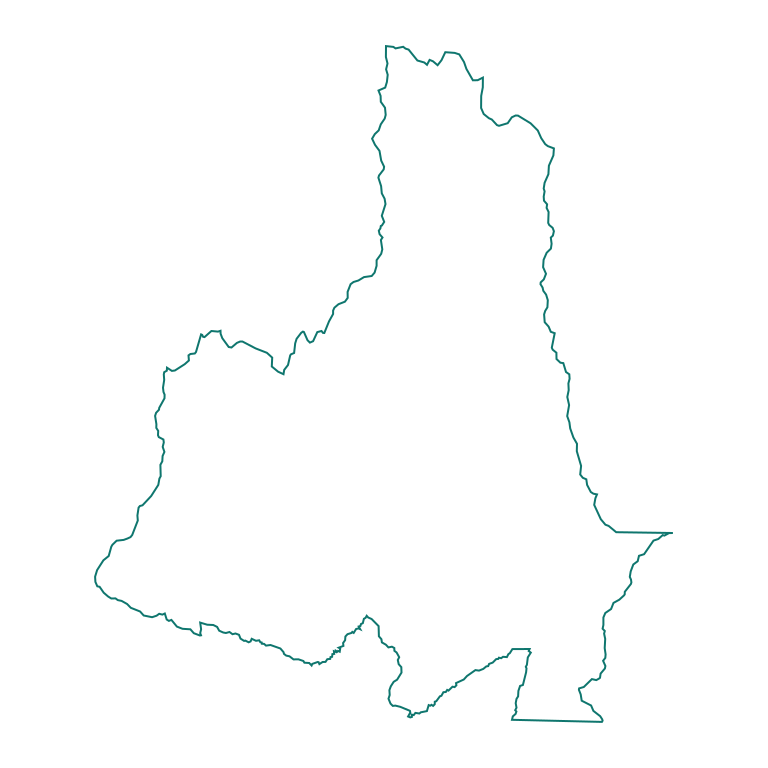 outline of Palanda, Zamora Chinchipe, Ecuador
{"feature_id": "8360857B40737212656211", "entity_name": "Palanda", "entity_type": "district", "adm_level": 2, "iso_a3": "ECU", "parent_name": "Ecuador", "parent_adm1": "Zamora Chinchipe", "projection": "natural_earth1", "projection_center": [-79.11, -4.519], "detail": "fine", "context": "isolated", "style": "outline", "palette": "teal", "viewbox_px": 768, "rotation_deg": 0, "n_neighbors": 0, "source": "geoboundaries", "source_scale": "gbopen_adm2", "svg_char_len": 6091}
<svg xmlns="http://www.w3.org/2000/svg" viewBox="0 0 768 768"><path d="M601.9,721.9L602.6,720.7L602.2,719.3L600.2,716.2L593.4,710.9L591.1,705.5L581.7,700.7L580.7,694.4L578.9,689.8L579.1,688.4L583.8,687.0L591.9,679.1L596.3,680.1L599.0,678.6L600.0,677.8L600.6,673.6L604.9,668.5L605.4,666.0L603.1,660.8L605.3,657.9L605.6,654.4L604.7,648.1L605.2,638.9L604.1,633.6L604.8,631.0L602.6,628.7L603.4,625.0L603.4,617.5L605.3,613.0L611.1,609.0L613.5,602.9L619.3,599.7L624.0,595.4L624.7,594.4L624.8,591.8L630.9,584.0L631.4,582.4L631.0,579.6L629.8,576.9L630.7,571.4L633.3,564.5L637.7,561.2L639.0,555.8L644.1,554.2L653.5,540.6L658.3,539.0L662.7,535.1L664.4,535.6L669.0,533.1L672.9,533.0L616.2,532.2L608.6,525.9L605.4,524.7L600.8,519.2L594.2,504.9L595.4,498.2L597.0,494.4L593.4,493.7L590.8,492.0L587.1,484.9L586.3,479.3L582.8,477.8L580.2,474.5L581.1,465.9L576.8,451.2L577.0,443.8L573.4,437.5L570.2,428.4L569.4,422.3L567.2,416.1L569.1,405.1L567.3,397.0L568.7,390.1L568.4,383.4L569.6,378.8L569.3,374.3L566.0,372.0L563.3,363.1L560.4,362.7L556.5,359.0L556.4,352.7L552.7,349.7L551.8,347.7L554.7,333.2L550.8,331.8L548.6,326.6L544.7,322.2L544.1,314.4L545.2,310.9L547.4,307.3L547.8,300.2L546.1,294.6L543.3,290.8L542.6,287.6L540.5,284.2L540.7,282.4L543.8,279.4L546.0,273.8L543.1,267.2L543.6,259.8L546.7,252.7L550.9,248.6L551.6,243.8L550.8,237.6L552.9,235.6L553.9,231.2L552.6,227.8L549.2,225.0L548.2,222.9L548.6,212.0L546.6,207.9L547.1,204.3L544.0,200.7L543.7,196.6L544.6,191.3L543.7,188.6L544.6,182.8L548.4,174.2L548.9,165.7L553.4,155.4L553.9,148.4L547.8,146.1L545.2,144.1L541.2,138.1L537.8,130.5L530.6,123.3L518.0,115.6L515.6,115.5L511.8,117.3L507.7,123.2L499.0,125.8L497.0,125.1L491.8,119.5L488.9,118.2L483.7,114.0L481.1,108.0L481.2,95.9L482.8,87.3L482.9,77.6L477.7,80.2L472.9,80.3L466.4,68.9L464.0,62.0L459.3,54.4L454.7,52.9L445.3,52.2L441.5,60.2L437.6,65.2L433.0,61.3L429.6,59.9L427.0,64.8L424.3,62.5L417.4,60.5L408.6,49.6L405.5,48.6L403.2,46.8L395.5,48.4L393.4,46.9L386.0,46.1L385.9,57.0L387.5,63.5L386.1,69.3L387.7,74.8L386.9,82.0L385.2,87.6L378.5,90.5L380.6,95.9L380.8,101.8L385.0,107.7L385.7,114.9L384.7,118.6L380.8,124.3L378.7,130.4L374.8,134.1L372.1,138.7L375.0,144.8L379.5,150.9L381.2,160.6L384.1,166.7L383.7,169.4L379.0,175.5L378.4,177.7L381.1,186.1L381.8,193.4L384.6,198.7L385.5,204.1L381.8,215.8L384.2,221.9L381.9,225.5L380.8,226.0L380.4,228.4L378.8,230.7L379.6,234.2L382.5,237.5L380.9,240.0L382.3,249.4L381.2,253.8L376.6,260.2L376.6,265.8L374.6,272.6L371.7,276.0L364.0,277.1L358.4,280.5L353.5,282.0L350.6,284.2L347.6,291.9L347.7,297.9L344.9,301.7L338.5,304.2L334.4,307.7L333.1,310.6L333.1,314.0L329.0,321.4L324.3,333.0L323.0,332.9L321.5,331.0L317.3,332.1L313.1,341.2L309.9,342.6L307.5,340.2L303.9,332.0L302.9,331.6L301.2,332.8L296.6,338.8L295.2,343.3L294.1,353.0L291.0,354.3L290.2,355.4L288.0,365.0L284.2,369.9L283.5,374.2L278.1,371.7L271.8,366.5L272.2,357.6L266.9,352.8L255.6,348.4L242.4,341.5L240.2,341.5L236.9,342.9L231.5,347.5L228.7,347.0L222.3,338.2L220.6,333.7L220.5,330.8L218.0,331.6L211.4,331.0L204.5,337.1L203.1,336.8L202.2,334.9L201.1,334.4L196.0,352.0L194.8,353.5L190.4,354.0L188.5,355.4L188.9,360.5L184.7,364.2L174.9,370.5L171.9,370.9L167.0,367.7L166.8,370.7L164.2,372.2L163.8,374.5L164.2,379.9L163.0,387.7L163.5,392.0L164.6,394.7L164.5,398.3L159.2,407.9L159.0,409.7L156.1,412.8L155.1,415.9L156.4,424.2L156.3,427.9L158.2,430.9L158.0,435.2L158.8,437.1L163.4,439.5L163.8,442.4L162.7,446.9L164.4,451.9L162.6,456.0L162.3,461.3L160.4,464.8L160.7,476.2L159.4,478.6L158.3,484.9L151.2,496.0L142.5,505.3L139.9,506.0L138.6,507.6L137.4,515.5L137.8,520.5L132.2,535.0L130.5,537.1L127.5,538.5L123.7,539.9L116.6,540.7L112.4,544.8L111.3,546.7L108.7,556.0L103.4,560.3L97.1,570.1L95.1,576.7L95.4,581.9L97.3,586.3L99.6,586.8L103.7,592.7L108.1,596.5L111.3,598.5L115.5,598.4L117.8,600.1L121.6,600.9L127.1,604.0L130.8,607.8L140.1,611.5L143.7,615.5L152.1,617.2L156.6,615.7L159.2,613.8L162.4,614.6L164.8,613.5L166.7,619.5L168.9,620.9L171.4,619.9L176.9,626.6L182.5,628.8L190.4,629.3L193.8,633.2L199.9,635.5L201.0,635.3L200.2,633.1L201.1,629.3L200.2,622.6L207.2,624.7L213.3,625.0L217.1,626.9L219.2,630.7L223.2,632.5L225.9,633.0L229.5,632.0L232.5,634.2L235.5,633.5L239.0,634.8L240.5,638.6L244.1,640.9L245.3,640.6L248.7,642.3L250.6,641.4L251.7,638.8L256.0,640.8L259.2,640.3L260.3,642.2L261.7,642.5L261.8,643.7L264.1,643.9L266.0,645.6L270.5,645.0L280.4,648.5L283.5,652.1L284.0,653.9L286.2,655.6L289.5,656.3L293.5,659.4L298.4,659.3L303.4,661.0L304.4,662.7L309.2,663.0L311.6,665.5L312.3,663.9L317.7,662.0L318.6,662.2L319.4,664.1L322.6,662.0L325.5,661.9L327.3,659.2L330.2,658.9L330.5,657.1L332.1,656.8L332.4,654.1L334.2,653.9L333.9,651.2L336.0,652.0L335.9,650.8L337.3,651.7L338.0,650.9L339.7,651.7L340.2,648.6L338.7,647.7L343.4,645.9L343.1,643.0L345.1,640.2L345.4,636.5L347.5,634.2L351.6,632.9L352.3,631.9L353.7,632.9L356.1,629.0L358.5,628.4L360.2,629.2L358.7,626.5L360.4,626.0L361.0,624.0L362.8,623.2L363.9,618.8L365.6,617.8L366.7,615.8L368.2,617.5L371.6,619.0L378.6,626.1L378.9,636.3L381.4,639.2L381.9,642.4L385.9,644.7L388.4,647.4L391.9,646.7L394.3,648.0L394.4,650.8L396.6,652.5L399.2,657.2L397.8,660.0L398.7,664.2L401.3,667.1L401.5,672.6L397.1,679.7L393.7,681.8L390.8,686.3L389.4,690.2L389.7,695.0L388.5,698.7L390.5,703.6L392.8,705.9L395.3,705.6L400.2,706.8L409.9,710.8L410.3,712.5L408.1,716.5L410.3,717.4L411.9,716.9L411.7,714.6L413.7,715.1L415.4,712.9L419.4,713.5L420.8,712.3L426.9,711.1L428.7,705.1L430.2,705.7L431.5,704.8L433.1,705.9L434.7,704.3L434.8,701.7L436.3,701.2L439.9,696.3L441.4,695.8L443.4,692.2L445.8,692.0L447.2,689.9L448.5,690.6L452.5,686.7L454.6,687.1L456.4,685.3L456.0,683.1L463.8,679.5L467.0,676.0L475.4,670.1L479.0,670.6L483.3,668.9L486.3,666.4L488.2,666.1L489.1,663.9L492.7,662.6L496.2,659.1L498.3,658.9L498.9,657.7L501.2,658.2L503.0,656.8L506.9,657.1L508.4,654.1L509.8,653.2L512.4,649.1L529.6,649.0L528.7,651.0L530.8,652.6L527.8,657.4L526.9,664.8L525.8,666.8L526.5,668.4L526.1,672.3L522.9,685.0L520.1,685.9L518.4,690.9L518.1,696.4L516.5,698.9L515.7,703.2L516.5,707.7L515.2,710.2L516.4,711.5L515.6,713.9L512.8,716.4L512.0,719.8L601.9,721.9Z" fill="none" stroke="#0f766e" stroke-width="2"/></svg>